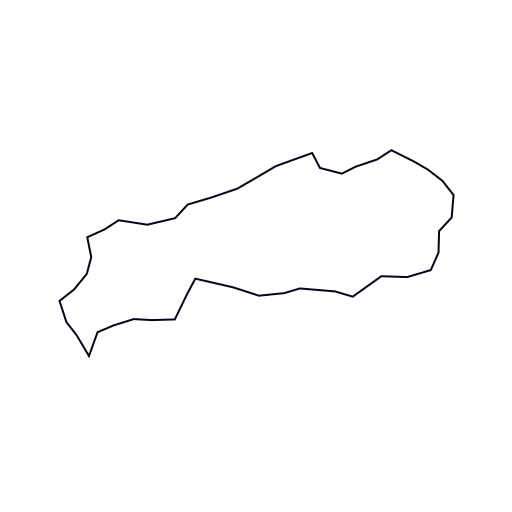 Politiko, Nicosia, Cyprus, rotated 52°
{"feature_id": "46923920B8384928890729", "entity_name": "Politiko", "entity_type": "district", "adm_level": 2, "iso_a3": "CYP", "parent_name": "Cyprus", "parent_adm1": "Nicosia", "projection": "natural_earth1", "projection_center": [33.22, 35.002], "detail": "fine", "context": "isolated", "style": "outline", "palette": "ink", "viewbox_px": 512, "rotation_deg": 52, "n_neighbors": 0, "source": "geoboundaries", "source_scale": "gbopen_adm2", "svg_char_len": 722}
<svg xmlns="http://www.w3.org/2000/svg" viewBox="0 0 512 512"><g transform="rotate(52 256 256)"><path d="M232.0,449.2L218.5,427.8L223.0,411.0L230.5,391.1L242.5,377.4L256.0,359.0L244.0,334.6L236.5,317.8L266.5,293.4L289.1,278.1L302.6,256.7L308.6,241.4L332.6,215.5L347.6,204.8L349.1,169.7L365.7,149.8L374.7,126.9L365.7,110.1L349.1,96.4L346.1,78.1L329.6,62.8L311.6,62.8L293.6,67.4L278.5,73.5L256.0,84.2L254.5,101.0L247.0,122.4L244.0,137.6L226.0,151.4L209.4,148.3L197.4,185.0L194.4,207.9L191.4,229.2L182.4,255.2L173.4,278.1L176.4,296.4L164.4,322.4L143.3,342.2L141.8,359.0L137.3,377.4L155.4,386.5L165.9,400.3L170.4,420.1L170.4,438.5L191.4,446.1L207.9,446.1L232.0,449.2Z" fill="none" stroke="#020617" stroke-width="2"/></g></svg>